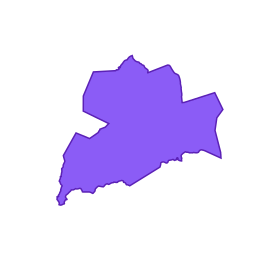 San Lucas, El Paraíso, Honduras (Natural Earth projection), rotated 156°
{"feature_id": "27666195B72821364591060", "entity_name": "San Lucas", "entity_type": "district", "adm_level": 2, "iso_a3": "HND", "parent_name": "Honduras", "parent_adm1": "El Paraíso", "projection": "natural_earth1", "projection_center": [-86.925, 13.744], "detail": "fine", "context": "isolated", "style": "filled", "palette": "violet", "viewbox_px": 256, "rotation_deg": 156, "n_neighbors": 0, "source": "geoboundaries", "source_scale": "gbopen_adm2", "svg_char_len": 5423}
<svg xmlns="http://www.w3.org/2000/svg" viewBox="0 0 256 256"><g transform="rotate(156 128 128)"><path d="M55.3,62.7L54.4,65.1L54.1,65.7L53.9,66.5L53.3,68.0L49.5,90.4L42.7,101.2L33.8,106.3L34.4,125.0L66.3,128.5L68.2,129.2L66.3,135.0L65.8,135.6L65.5,136.1L64.9,137.5L64.4,139.5L63.9,141.0L63.5,142.3L62.9,143.5L62.2,146.8L62.1,147.2L61.7,148.0L61.3,149.2L60.8,151.3L60.5,153.5L60.4,155.0L60.5,155.7L60.6,156.0L60.9,156.4L61.2,156.9L62.9,158.8L63.1,159.3L63.3,159.7L63.6,161.1L64.0,163.7L64.2,165.5L64.3,167.1L64.5,167.7L64.8,168.4L65.1,168.7L65.7,169.1L66.3,169.4L87.4,170.4L87.4,170.6L87.4,170.8L87.1,171.1L86.5,172.0L86.3,172.4L86.3,172.8L86.3,173.0L86.9,174.3L87.7,175.6L87.9,176.0L88.0,176.5L88.1,177.1L88.1,177.6L88.1,178.2L88.1,178.6L88.2,178.8L88.9,179.4L89.3,179.8L89.7,180.6L90.0,181.4L90.3,181.8L90.7,182.0L90.9,182.2L91.1,182.5L91.1,183.4L91.2,183.6L91.6,184.0L92.5,184.6L93.1,185.1L93.6,185.7L94.1,186.4L94.4,187.2L94.7,188.2L95.0,189.0L95.1,189.5L95.1,189.8L95.0,190.5L94.9,191.0L94.8,191.5L94.7,192.4L94.7,192.5L94.8,192.5L95.1,192.4L95.8,192.5L96.2,192.6L98.1,192.3L98.4,192.1L99.0,191.9L101.0,190.7L102.8,190.9L103.4,190.9L103.9,190.8L105.7,189.9L106.5,189.3L106.9,189.0L107.1,189.0L107.3,189.0L108.3,188.4L108.8,188.3L109.1,188.1L109.6,187.6L110.2,186.8L110.6,186.4L110.9,186.4L111.0,186.6L111.0,186.8L110.9,187.0L110.9,187.3L111.4,187.3L111.8,187.2L112.1,187.0L112.3,186.9L112.3,186.6L112.3,186.4L112.2,186.0L112.2,185.7L112.3,185.5L112.5,185.4L113.0,185.3L113.4,185.4L113.9,185.4L114.4,185.5L114.5,185.5L114.7,185.8L115.0,185.8L116.0,185.4L136.8,193.3L155.8,175.4L162.0,161.6L143.8,139.9L148.4,138.0L154.2,138.3L154.4,138.0L154.6,137.6L154.9,137.4L155.5,137.2L156.2,136.7L156.7,136.3L156.8,136.0L167.4,134.0L177.5,144.6L198.3,129.1L198.6,127.5L199.1,123.8L199.3,123.2L200.0,122.5L202.1,120.7L202.5,120.1L202.9,119.2L203.4,118.6L203.6,118.4L204.8,118.0L205.1,117.8L205.3,117.5L205.3,117.0L205.6,116.4L205.9,115.6L206.2,115.0L206.4,114.6L206.9,114.1L207.3,113.5L208.0,112.3L208.4,111.9L208.6,111.5L208.6,111.1L208.7,110.9L208.8,110.9L209.1,110.9L209.3,111.0L209.5,111.0L209.5,110.9L209.6,110.6L209.7,110.4L210.0,110.1L210.8,108.9L211.2,108.6L211.6,108.3L211.9,108.0L212.1,107.8L212.3,107.5L212.4,107.4L212.2,107.1L212.1,106.4L212.1,106.2L212.3,105.7L212.2,105.0L212.3,104.4L212.3,104.1L212.2,103.6L211.9,103.0L211.8,102.6L211.7,102.2L211.8,101.9L212.1,101.6L212.8,101.1L213.2,100.6L213.5,100.1L214.1,99.6L214.4,99.2L214.5,99.1L214.5,98.8L214.5,98.7L214.8,98.5L215.1,98.0L215.4,97.5L215.7,97.3L216.1,97.2L216.5,96.8L217.6,95.6L217.9,95.4L219.1,94.8L219.2,94.5L219.2,94.3L219.2,94.0L219.3,93.9L219.3,93.7L219.5,93.6L219.9,93.7L220.7,94.0L220.8,94.0L220.9,93.8L221.0,93.3L221.1,92.9L221.8,91.9L221.9,91.6L221.9,91.4L221.8,91.2L221.5,90.3L221.5,89.6L221.3,88.6L221.2,88.1L221.3,87.6L221.5,87.0L221.9,86.4L222.2,86.1L222.2,85.9L221.0,85.0L220.3,84.8L219.8,84.7L218.4,84.8L217.8,84.8L217.4,84.6L217.2,84.6L216.8,84.9L216.6,85.7L216.4,86.3L215.4,87.0L214.6,87.7L214.4,87.8L214.0,87.8L213.8,87.7L213.5,87.5L213.2,87.5L212.9,87.5L212.7,87.7L212.8,88.1L213.2,89.6L213.2,90.0L213.2,90.3L213.0,90.7L212.6,91.2L212.3,91.5L211.8,91.9L211.3,92.0L209.7,92.4L207.9,93.2L207.0,93.5L206.2,93.7L205.0,94.5L204.9,94.5L204.5,94.3L204.0,94.1L203.3,93.8L202.7,93.7L202.3,93.7L201.1,93.8L200.5,93.9L200.4,93.8L200.2,93.5L199.9,93.3L199.0,92.9L198.1,92.7L196.9,92.6L196.0,92.1L195.8,91.9L195.7,91.7L195.6,90.3L195.4,89.7L195.4,89.4L195.6,88.4L195.6,88.2L195.0,87.8L189.8,85.5L189.2,85.2L188.0,84.1L187.1,82.9L186.8,82.6L186.7,82.6L186.4,82.6L186.1,82.8L184.4,83.5L184.1,83.7L183.7,84.0L183.3,84.7L182.8,85.4L182.6,85.6L181.7,86.0L180.5,86.5L179.4,86.8L178.8,86.9L178.6,86.9L178.3,86.8L176.0,85.2L174.5,84.3L174.2,84.4L173.7,84.5L172.6,85.1L171.5,85.5L170.8,85.6L170.2,85.6L169.8,85.5L169.5,85.4L169.3,85.0L169.0,84.7L168.7,84.4L168.1,84.3L167.6,84.3L166.3,84.5L165.3,84.5L164.9,84.5L164.5,84.3L163.9,84.1L163.4,84.1L163.0,84.3L162.9,84.3L160.8,83.0L160.5,82.9L159.9,82.7L159.7,82.7L159.3,82.8L159.1,83.0L158.8,83.1L157.8,83.1L157.3,83.0L156.3,82.8L155.5,82.7L155.1,82.6L154.9,82.5L154.3,82.0L154.0,81.7L153.9,81.5L153.9,81.4L153.9,81.2L154.1,80.3L154.1,80.2L153.8,79.9L153.6,79.8L153.4,79.8L152.7,78.9L152.6,78.2L152.6,77.2L152.5,76.8L152.4,76.7L152.1,76.6L151.7,76.4L151.2,76.0L150.9,75.7L150.2,74.9L149.9,74.5L114.7,79.3L114.4,79.7L113.6,80.6L113.1,81.2L113.0,81.4L112.7,82.0L112.4,82.6L112.2,82.8L111.4,83.0L110.9,83.0L110.4,82.9L109.9,82.8L109.4,82.6L109.0,82.3L108.6,81.9L107.4,80.5L107.1,80.4L106.7,80.2L106.2,80.3L105.7,80.4L105.3,80.8L104.8,81.3L104.5,81.6L104.2,81.7L103.9,81.8L103.5,81.7L101.5,81.2L99.7,81.0L99.4,80.8L99.2,80.3L99.1,80.0L98.7,79.8L98.5,79.4L98.3,79.4L97.9,79.4L97.4,79.5L97.2,79.5L96.9,79.3L96.6,79.4L96.4,79.5L96.2,80.1L96.0,80.4L95.5,80.7L95.2,80.8L94.9,80.7L94.7,80.3L94.7,80.1L94.7,79.8L95.2,79.4L95.4,79.2L95.2,78.6L94.6,77.8L94.2,77.3L93.5,76.8L92.7,76.2L92.4,76.1L92.2,76.5L91.6,78.3L91.2,78.4L91.1,78.6L91.1,79.0L91.2,79.3L91.2,79.5L90.7,81.1L90.5,81.4L90.1,81.7L88.3,82.4L85.6,82.9L85.2,82.9L84.8,82.4L84.6,82.2L84.3,82.1L83.7,81.8L82.7,81.1L82.0,80.4L81.8,80.2L80.9,79.9L79.2,79.1L78.9,79.0L78.5,79.0L78.2,79.0L76.0,77.7L75.0,77.3L74.3,77.2L73.9,77.2L73.5,77.2L73.2,77.4L72.7,77.8L72.0,78.1L71.5,78.3L71.2,78.4L70.8,78.4L70.3,78.3L69.8,78.2L69.4,78.0L69.4,77.9L67.9,76.8L67.7,76.6L67.4,76.2L66.9,75.9L66.7,75.7L66.3,75.1L55.3,62.7Z" fill="#8b5cf6" stroke="#5b21b6" stroke-width="1.5"/></g></svg>